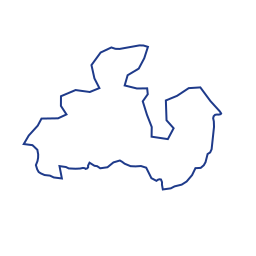 map outline of Ludzas (Mercator projection), rotated 298°
{"feature_id": "LVA-1065", "entity_name": "Ludzas", "entity_type": "Municipality", "adm_level": 1, "iso_a3": "LVA", "parent_name": "Latvia", "parent_adm1": "", "projection": "mercator", "projection_center": [27.798, 56.379], "detail": "fine", "context": "isolated", "style": "outline", "palette": "blue", "viewbox_px": 256, "rotation_deg": 298, "n_neighbors": 0, "source": "natural_earth", "source_scale": "10m", "svg_char_len": 1366}
<svg xmlns="http://www.w3.org/2000/svg" viewBox="0 0 256 256"><g transform="rotate(298 128 128)"><path d="M191.3,75.5L192.0,79.7L193.9,83.5L206.3,99.3L208.1,102.9L209.0,107.5L197.2,109.6L185.5,109.6L174.4,102.9L164.0,105.1L167.1,117.4L172.0,126.3L167.1,129.6L158.5,128.5L148.6,138.5L140.0,148.5L131.4,152.9L136.9,168.4L149.2,168.4L152.9,158.4L170.1,148.5L179.4,156.2L191.7,162.9L197.8,172.8L190.4,188.3L185.8,201.2L184.6,203.4L183.7,203.3L182.4,201.8L181.6,200.1L180.5,198.7L178.6,198.1L176.6,198.6L174.1,200.7L169.4,203.4L148.5,211.8L145.0,212.0L142.4,210.5L134.2,212.5L130.7,212.4L126.9,210.9L124.2,206.4L116.5,206.7L108.3,204.9L103.2,202.0L98.3,196.5L94.8,194.1L90.1,187.6L93.9,184.6L96.1,183.5L98.0,181.3L97.6,180.0L96.5,178.8L94.7,177.9L94.7,172.2L101.5,162.7L100.5,157.3L97.6,152.6L95.5,148.2L94.9,141.8L95.4,138.6L95.5,136.1L90.8,131.3L83.7,128.3L79.4,122.4L79.8,118.7L78.9,116.1L79.3,110.3L76.0,110.4L74.7,111.2L73.3,111.0L72.0,109.8L72.2,108.7L71.6,107.0L69.7,104.7L67.4,100.8L64.5,94.7L64.4,91.5L62.2,85.4L52.4,93.3L49.5,85.7L49.3,81.4L47.3,76.4L47.0,72.4L47.2,69.8L48.9,67.2L52.0,64.1L56.3,63.6L59.5,62.6L62.5,61.1L66.2,58.2L68.0,51.7L64.9,43.5L74.8,43.9L87.7,47.2L95.7,47.2L103.7,61.7L111.1,67.3L116.0,58.4L124.6,53.9L136.9,63.9L141.8,77.3L149.8,84.0L156.0,75.1L166.4,66.2L181.8,68.4L191.3,75.5Z" fill="none" stroke="#1e3a8a" stroke-width="2"/></g></svg>